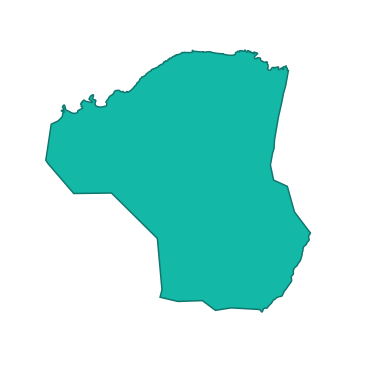 Coubaril, Castries, Saint Lucia, rotated 72°
{"feature_id": "8701671B79808617109773", "entity_name": "Coubaril", "entity_type": "district", "adm_level": 2, "iso_a3": "LCA", "parent_name": "Saint Lucia", "parent_adm1": "Castries", "projection": "mercator", "projection_center": [-61.013, 14.002], "detail": "fine", "context": "isolated", "style": "filled", "palette": "teal", "viewbox_px": 384, "rotation_deg": 72, "n_neighbors": 0, "source": "geoboundaries", "source_scale": "gbopen_adm2", "svg_char_len": 5600}
<svg xmlns="http://www.w3.org/2000/svg" viewBox="0 0 384 384"><g transform="rotate(72 192 192)"><path d="M106.3,62.8L106.3,63.3L105.8,63.7L105.5,63.9L105.2,63.8L104.7,63.5L104.1,63.2L103.8,63.1L103.6,63.2L102.7,63.8L102.1,64.2L101.8,64.1L101.8,63.7L101.6,63.6L101.3,63.5L101.2,63.9L101.4,65.4L101.3,66.7L101.6,67.0L102.0,67.0L103.1,66.9L103.3,67.0L103.5,67.4L103.6,67.7L103.4,67.8L103.0,68.1L102.6,68.1L102.1,68.1L101.9,68.2L101.9,69.2L102.1,69.8L102.4,70.4L102.6,71.3L102.5,71.5L102.2,71.8L101.8,72.0L101.0,71.6L100.4,71.1L100.0,71.1L99.6,71.5L99.5,71.9L99.5,73.3L99.6,74.1L99.2,74.7L99.1,74.9L99.0,75.2L99.3,75.6L99.0,75.6L98.6,76.4L98.5,76.8L98.6,77.4L98.9,78.2L99.2,78.4L100.0,79.2L100.2,79.7L100.4,80.2L100.2,80.6L99.7,81.4L98.6,82.0L98.1,82.1L97.8,82.0L97.6,81.6L97.3,81.3L96.5,81.0L94.5,80.4L94.0,80.5L92.6,81.0L92.4,80.8L92.1,80.5L91.9,80.3L91.5,80.4L91.4,80.6L91.1,81.5L91.1,82.5L91.0,83.1L90.7,83.6L90.5,83.8L89.6,84.3L89.3,85.0L89.0,85.3L88.2,85.8L87.4,86.0L87.1,85.9L86.2,85.6L85.8,85.7L85.4,86.2L84.8,87.4L84.6,87.9L84.5,88.2L84.6,88.8L85.0,89.4L85.1,89.8L85.0,90.2L84.4,90.9L84.1,91.2L83.8,91.2L83.1,90.8L82.3,90.3L81.9,89.4L81.6,88.7L81.0,87.4L80.8,86.9L80.3,87.0L80.0,87.1L79.1,88.4L78.8,88.9L79.4,89.7L79.6,90.2L79.6,90.6L79.4,91.1L79.0,91.4L78.5,91.1L78.3,90.8L78.3,91.7L77.9,92.4L77.1,92.9L76.8,92.8L76.3,93.1L76.5,93.6L76.9,93.7L76.7,94.0L76.4,94.2L76.0,94.3L75.6,94.3L75.0,94.8L74.9,95.0L74.8,95.4L75.0,95.6L75.3,95.6L75.7,95.7L75.9,96.2L75.9,96.5L75.6,97.0L75.3,97.3L73.9,97.5L73.5,97.7L73.4,97.9L74.2,98.9L74.2,99.3L74.0,99.6L73.7,99.9L73.3,100.5L73.3,100.8L73.1,101.0L72.6,101.9L72.5,103.0L73.2,103.4L73.4,103.6L73.0,104.0L72.4,104.6L72.3,105.0L72.3,105.3L72.8,106.1L72.9,107.2L73.2,107.6L73.4,107.8L74.3,108.4L74.6,109.0L74.7,109.8L74.5,110.5L74.4,111.4L74.2,112.2L73.9,112.9L73.6,114.0L73.1,115.0L72.1,117.1L71.2,118.7L71.0,119.0L70.3,119.4L70.0,119.8L70.0,120.5L69.7,121.1L69.3,122.0L69.0,122.5L68.6,123.8L65.8,129.3L64.8,130.6L64.4,131.1L64.0,132.0L64.0,132.5L63.3,134.3L62.9,137.4L62.8,137.7L62.2,137.7L62.1,138.0L61.8,138.8L61.8,139.1L61.4,140.5L60.5,142.7L59.5,144.8L59.0,145.9L58.9,146.8L58.4,147.2L57.7,147.5L57.5,147.8L57.8,148.1L58.2,147.9L58.6,147.6L58.8,148.0L59.1,149.1L58.8,150.7L58.5,151.8L58.0,152.9L57.7,154.1L57.5,154.9L57.0,155.5L56.8,156.1L56.8,157.1L56.3,158.3L56.5,159.2L56.9,159.6L57.1,161.1L56.9,163.4L56.6,164.6L56.7,164.9L57.3,165.3L57.4,165.8L57.0,166.2L57.4,167.5L57.3,168.2L57.7,169.3L58.3,170.5L58.2,171.1L57.9,171.9L58.0,172.1L58.6,172.4L58.7,172.7L58.5,173.4L59.4,174.8L59.6,175.9L59.6,176.3L59.2,176.5L59.2,176.8L59.6,176.9L59.7,177.7L59.7,178.7L60.2,179.2L60.4,179.1L61.0,180.0L61.2,181.1L61.2,182.2L61.5,182.8L61.6,184.3L61.7,184.6L62.2,184.9L62.5,185.5L62.9,189.3L63.0,191.2L63.1,192.4L63.4,193.0L63.9,193.2L64.6,196.4L65.0,197.2L65.4,198.1L65.6,199.0L66.5,199.8L66.6,200.1L67.2,202.6L67.3,203.6L67.1,204.1L67.7,204.7L68.0,205.3L68.1,206.0L68.8,206.9L70.1,207.9L70.6,208.7L70.9,209.7L71.2,210.5L71.7,210.9L72.3,211.4L72.9,212.0L73.1,212.4L73.3,213.2L75.5,216.7L76.0,217.7L76.7,219.5L76.9,220.4L77.4,221.8L77.2,221.9L76.9,222.0L76.7,222.2L77.0,222.6L77.0,222.8L76.7,223.2L76.4,223.4L76.7,223.7L76.8,224.4L76.8,225.2L76.3,225.9L75.8,226.2L75.2,226.4L74.9,227.1L75.0,227.7L74.8,228.5L74.0,229.1L72.9,229.8L72.3,231.4L72.0,233.3L72.3,234.5L74.1,236.3L74.3,236.6L75.0,238.1L75.2,239.5L75.9,241.2L76.6,242.1L77.3,242.5L77.7,243.0L78.6,244.6L79.5,245.7L79.7,245.9L80.1,246.1L80.8,245.6L81.3,245.6L82.2,245.9L83.2,246.5L83.7,247.4L83.6,248.4L83.3,251.2L82.9,253.1L81.4,255.8L80.8,256.5L80.1,256.8L79.4,256.9L78.6,256.9L77.6,256.8L76.9,256.4L76.0,255.5L75.1,255.2L74.7,255.4L74.4,255.7L73.8,256.9L73.4,257.4L72.8,257.4L72.2,257.3L69.9,255.9L69.3,255.8L68.9,256.0L68.9,256.7L69.3,258.4L69.9,259.5L70.5,259.9L71.1,260.4L71.5,261.1L72.0,261.2L72.9,260.6L74.2,259.5L74.7,259.2L75.2,259.0L75.6,259.2L75.8,259.7L75.5,260.5L74.7,261.9L72.8,265.1L72.6,265.3L71.3,266.1L71.2,266.5L71.5,267.3L72.0,268.4L72.5,268.9L73.0,268.9L73.1,269.9L73.3,270.1L74.2,270.7L75.6,270.3L75.9,270.3L76.2,270.8L76.5,270.9L76.8,270.8L76.9,270.5L77.4,270.0L77.9,270.0L78.6,270.5L79.1,274.3L79.5,275.4L81.0,276.5L81.2,277.0L81.1,278.5L80.7,280.1L79.8,281.7L76.3,285.1L75.6,286.4L75.3,286.5L74.3,286.6L71.6,286.4L70.6,286.4L69.9,286.6L69.8,287.3L70.2,288.0L71.2,288.9L71.8,288.9L72.8,288.4L73.6,288.2L74.4,288.7L74.2,289.4L74.0,289.9L74.0,290.5L74.4,291.1L74.7,291.1L75.0,290.6L75.3,289.5L75.6,289.0L76.1,288.8L76.4,288.8L76.4,289.0L76.7,290.2L77.5,290.8L78.7,291.3L79.8,291.9L80.5,292.5L82.8,296.9L83.1,297.9L83.3,299.3L84.0,304.9L84.3,305.1L104.6,315.2L116.5,321.2L120.6,320.1L156.9,304.9L168.1,268.9L225.5,239.3L275.8,250.8L282.2,254.9L291.7,239.3L298.5,215.7L311.8,206.3L314.3,190.6L324.6,164.1L327.7,162.6L327.4,161.9L325.3,160.3L324.9,159.0L325.6,156.5L324.0,154.3L322.2,150.7L320.0,148.1L319.6,146.2L318.6,143.9L318.5,140.6L318.8,139.7L318.8,139.1L318.4,138.1L316.9,136.8L315.1,135.1L312.6,131.5L309.8,127.9L308.8,126.3L307.1,124.6L305.6,124.2L303.7,124.0L303.0,123.7L301.4,121.0L300.2,120.6L298.6,120.1L297.1,119.3L295.8,118.0L295.3,116.6L294.6,115.0L292.9,113.2L292.4,112.6L291.8,111.5L290.6,110.2L289.1,108.9L287.2,107.6L284.8,106.3L283.2,105.6L282.4,104.8L280.9,104.2L279.3,103.3L278.2,102.2L277.6,100.2L277.0,99.4L276.1,98.6L275.4,97.8L275.0,97.2L274.5,96.1L273.6,95.3L272.3,95.1L271.2,95.2L269.8,94.5L268.7,93.4L268.3,92.5L267.5,92.0L265.7,92.7L264.6,93.0L264.3,93.2L242.7,100.7L216.1,99.6L205.9,110.7L190.6,109.1L179.8,103.3L176.3,100.7L168.1,97.5L147.2,86.5L133.9,78.6L126.2,74.4L120.1,70.2L106.3,62.8Z" fill="#14b8a6" stroke="#0f766e" stroke-width="1.5"/></g></svg>